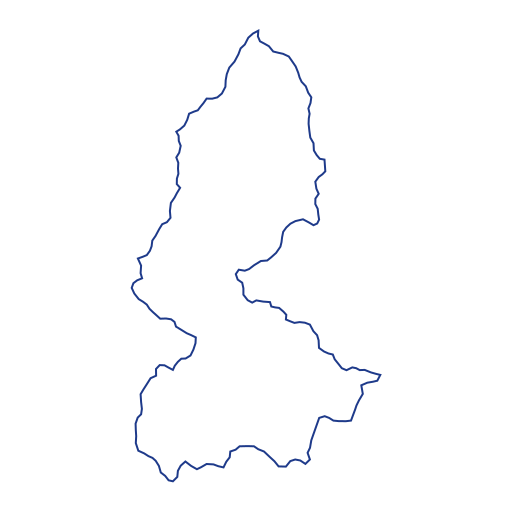 the district of Eugenópolis, Minas Gerais, Brazil
{"feature_id": "56859067B20403455041132", "entity_name": "Eugenópolis", "entity_type": "district", "adm_level": 2, "iso_a3": "BRA", "parent_name": "Brazil", "parent_adm1": "Minas Gerais", "projection": "robinson", "projection_center": [-42.221, -20.998], "detail": "fine", "context": "isolated", "style": "outline", "palette": "blue", "viewbox_px": 512, "rotation_deg": 0, "n_neighbors": 0, "source": "geoboundaries", "source_scale": "gbopen_adm2", "svg_char_len": 3132}
<svg xmlns="http://www.w3.org/2000/svg" viewBox="0 0 512 512"><path d="M319.1,219.6L318.3,214.5L317.7,208.8L315.3,204.1L315.4,198.6L318.7,193.8L316.4,188.7L315.3,181.7L318.7,177.0L322.4,174.3L325.3,171.3L324.9,165.3L324.5,159.6L319.8,158.8L316.7,155.1L313.9,150.5L313.5,143.2L310.3,137.6L309.4,131.1L308.6,123.8L308.8,118.4L309.6,113.8L308.4,108.4L310.5,103.0L311.3,97.3L308.2,92.7L305.8,86.3L301.6,81.8L299.6,77.5L298.2,72.7L295.7,66.5L292.5,61.8L288.8,56.5L283.0,53.8L278.5,52.8L273.2,51.5L268.9,46.2L264.5,43.7L260.0,41.3L257.9,36.4L258.3,30.7L253.0,33.5L248.3,37.7L244.8,44.5L240.6,48.4L238.4,54.3L234.5,61.6L229.3,67.6L226.8,74.1L225.7,80.2L225.4,86.8L221.9,93.5L217.3,97.4L212.1,98.7L206.6,98.6L203.4,103.2L200.5,106.7L197.8,110.3L194.0,111.6L189.1,113.7L187.2,119.9L184.3,125.6L179.8,129.5L176.3,131.7L178.6,135.8L178.8,141.0L180.7,145.8L179.2,152.7L176.3,157.4L178.3,162.8L178.0,168.6L178.4,173.8L176.9,178.6L176.8,184.1L180.1,187.8L176.9,193.1L174.6,197.5L170.9,202.9L169.9,211.0L170.5,217.8L166.9,222.2L162.2,224.2L159.2,229.1L155.5,236.0L152.3,240.6L151.6,246.3L149.9,250.8L146.8,255.1L142.7,256.8L137.9,258.5L141.1,265.6L140.6,273.2L142.1,278.3L137.2,280.3L133.4,283.2L131.7,287.9L134.3,293.5L138.7,299.1L143.1,301.8L146.8,304.6L149.5,308.8L152.9,312.1L156.7,315.5L160.2,318.7L166.0,318.5L171.1,319.3L174.5,321.9L176.0,326.6L181.4,329.9L186.7,333.2L191.1,335.1L195.8,337.4L195.5,343.2L193.4,349.6L190.5,355.5L185.6,358.5L181.3,358.7L177.9,361.8L174.8,365.7L172.9,369.9L168.4,367.5L164.5,365.3L159.7,365.1L156.0,369.0L156.1,375.7L150.6,378.2L147.0,383.9L143.4,389.5L140.6,394.2L141.1,402.0L141.9,408.9L141.1,414.3L137.7,417.6L135.6,423.6L135.8,429.9L136.2,436.2L135.8,443.1L138.3,450.7L144.2,453.4L148.4,456.1L152.5,457.9L155.7,460.8L158.9,465.9L160.8,472.5L165.2,475.9L168.6,480.3L172.9,481.3L177.3,476.9L177.9,470.8L180.7,465.7L185.4,461.5L191.1,465.9L196.9,469.2L200.9,467.3L206.6,464.0L213.5,464.4L218.3,466.2L223.5,467.4L226.3,461.7L229.7,457.3L230.3,451.5L235.6,449.7L239.6,446.3L247.7,446.1L254.0,446.3L258.2,449.2L264.0,451.5L269.8,457.0L274.4,461.2L278.6,466.4L285.9,466.6L290.3,461.1L295.2,459.5L300.3,460.5L305.4,463.9L309.9,459.5L307.6,452.8L310.0,447.8L311.3,440.3L319.2,417.9L324.7,416.2L329.1,417.9L333.4,420.6L338.5,421.1L345.9,421.2L351.0,420.6L355.1,409.6L356.5,405.4L359.0,400.3L362.8,393.9L361.3,385.3L367.3,382.7L373.1,381.7L377.3,380.7L380.3,374.9L375.8,373.8L370.9,372.4L364.7,369.9L359.7,370.1L356.2,368.2L352.3,367.4L346.5,370.2L341.8,368.2L338.5,364.0L334.7,359.3L332.8,354.5L328.5,353.5L324.0,351.5L319.0,347.9L318.6,340.3L317.1,335.2L313.4,331.2L309.9,324.6L304.9,322.7L299.6,322.1L294.4,322.9L290.0,321.2L285.9,319.5L286.3,314.8L283.4,311.6L279.1,307.9L275.1,307.4L271.3,306.5L270.0,302.1L263.2,301.6L256.3,300.4L252.2,302.6L247.7,300.2L243.4,294.7L243.4,288.3L242.2,282.7L237.7,279.6L235.8,274.1L238.8,269.7L244.8,270.7L249.0,269.1L254.1,265.2L260.9,261.0L267.2,260.5L271.2,257.3L276.1,252.9L280.4,246.7L281.5,242.2L282.1,237.2L283.2,231.8L286.3,227.5L290.4,223.7L295.4,221.1L303.0,219.3L309.0,222.5L313.5,225.2L317.2,223.5L319.1,219.6Z" fill="none" stroke="#1e3a8a" stroke-width="2"/></svg>